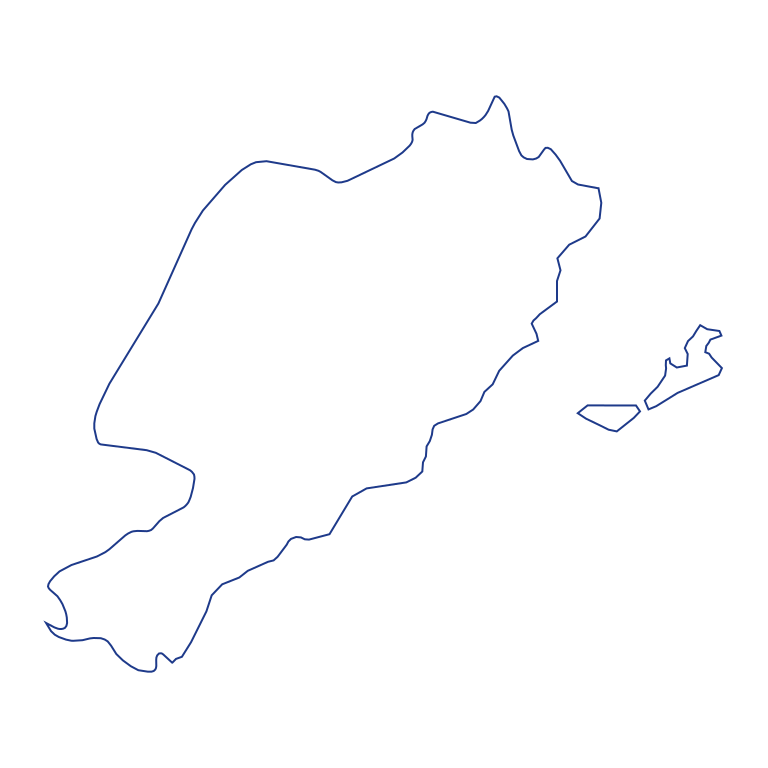 the Governorate of Sfax
{"feature_id": "TUN-114", "entity_name": "Sfax", "entity_type": "Governorate", "adm_level": 1, "iso_a3": "TUN", "parent_name": "Tunisia", "parent_adm1": "", "projection": "albers", "projection_center": [10.434, 34.714], "detail": "fine", "context": "isolated", "style": "outline", "palette": "blue", "viewbox_px": 768, "rotation_deg": 0, "n_neighbors": 0, "source": "natural_earth", "source_scale": "10m", "svg_char_len": 3228}
<svg xmlns="http://www.w3.org/2000/svg" viewBox="0 0 768 768"><path d="M598.5,188.2L601.3,202.8L599.6,218.5L585.5,236.5L569.2,244.7L557.4,258.3L560.5,270.3L557.0,281.0L557.0,301.5L539.8,314.2L536.1,318.2L533.5,320.5L531.7,323.6L536.5,333.8L538.2,340.9L522.8,348.1L512.8,355.6L499.2,370.8L492.7,384.3L484.4,391.9L480.5,401.1L473.2,409.5L466.3,414.0L438.0,423.4L434.2,425.8L432.6,429.4L431.9,434.8L429.8,441.1L426.6,446.4L425.9,456.5L423.0,462.3L422.3,471.5L415.7,477.7L406.3,482.4L366.6,488.4L352.2,496.5L329.5,534.2L309.0,539.6L304.8,539.3L300.9,537.4L296.1,537.0L291.0,538.9L288.4,541.5L286.7,544.7L277.6,556.8L273.6,560.4L268.0,561.8L247.8,570.8L239.3,577.5L222.2,584.3L211.7,595.3L206.4,611.4L191.1,642.1L181.9,656.8L176.0,658.9L172.3,662.7L172.2,662.7L163.2,654.4L161.7,653.4L160.6,653.3L159.0,653.5L157.2,655.4L156.4,657.5L156.2,659.9L156.3,666.0L156.0,667.9L155.3,669.5L153.7,671.0L151.4,671.7L148.0,671.7L138.3,670.2L130.8,666.2L122.9,660.4L116.3,654.0L111.1,645.7L107.7,641.4L104.7,639.5L100.8,638.2L93.7,638.0L90.0,638.4L82.5,640.2L73.1,640.8L71.2,640.7L66.0,639.6L58.8,637.0L54.8,634.7L51.1,631.2L46.1,623.0L54.4,627.4L57.9,628.7L59.6,629.0L61.3,629.0L63.1,628.7L64.9,627.9L66.4,625.9L67.1,623.0L66.8,617.5L66.2,614.2L65.4,611.3L62.5,604.2L60.2,600.2L57.4,596.2L50.3,590.0L48.8,588.3L48.0,586.5L48.5,584.1L50.1,581.2L54.2,576.3L59.5,571.4L71.5,565.0L96.9,556.5L105.4,552.1L109.3,549.3L125.3,535.4L128.1,533.5L131.5,531.8L133.4,531.3L137.4,530.9L147.0,531.2L149.0,530.8L151.1,530.0L152.9,528.5L159.4,521.1L163.2,517.9L183.6,507.4L185.3,506.0L186.9,504.3L188.3,502.5L189.4,500.1L190.7,496.8L193.0,488.0L194.5,478.8L194.4,476.6L194.0,474.5L191.9,471.8L190.1,470.3L155.8,452.8L146.7,450.2L100.7,444.4L99.3,443.7L98.1,442.5L97.4,440.8L96.6,439.0L94.3,428.6L94.3,423.3L95.4,416.1L96.7,411.8L99.6,404.1L109.4,383.7L158.4,303.5L191.6,229.3L195.0,222.9L202.9,210.5L225.1,184.9L241.8,170.0L250.8,164.3L256.0,162.2L266.5,161.2L315.0,169.7L318.5,170.8L320.6,171.9L332.4,180.3L335.9,182.1L338.3,182.5L341.6,182.3L347.5,180.8L394.2,158.5L402.5,152.5L409.7,145.6L411.1,143.7L412.0,142.0L412.4,140.8L412.6,139.7L412.3,136.2L412.3,134.3L412.7,132.3L413.5,130.6L414.7,129.0L422.6,124.4L424.5,122.8L425.6,121.1L426.5,119.2L427.5,115.8L428.4,114.1L429.5,112.8L431.2,112.0L432.9,111.7L470.5,122.7L475.8,123.0L480.0,120.5L482.0,118.9L483.9,117.0L485.5,115.1L488.1,111.0L494.7,96.7L496.6,96.3L499.3,97.6L504.3,103.8L507.0,108.3L508.5,111.4L511.7,129.7L513.3,135.5L519.1,151.1L521.4,155.4L523.7,157.4L527.0,159.0L532.9,159.4L536.2,158.5L538.7,157.0L544.0,149.6L545.5,147.9L547.8,147.8L550.8,149.2L555.6,154.6L560.1,160.8L571.9,181.0L578.0,184.5L597.9,188.2L598.5,188.2ZM705.3,352.2L709.1,353.7L711.6,357.5L721.9,368.1L718.7,375.1L677.6,392.9L656.2,406.2L648.5,409.4L644.8,400.6L650.7,393.6L657.6,386.8L665.1,375.6L666.1,368.4L665.8,365.2L666.0,360.4L669.4,358.4L670.3,363.4L676.8,367.5L686.9,365.6L687.7,354.0L684.8,348.1L688.0,341.1L693.0,336.4L696.4,330.8L700.2,325.2L707.2,329.2L719.4,331.0L721.4,335.6L710.4,339.6L708.8,342.7L706.3,346.0L705.3,352.2ZM577.8,413.2L581.9,409.9L587.6,405.4L636.0,405.5L640.0,411.4L633.8,417.9L616.8,431.4L608.6,429.7L600.2,425.5L586.1,418.7L577.8,413.2Z" fill="none" stroke="#1e3a8a" stroke-width="2"/></svg>